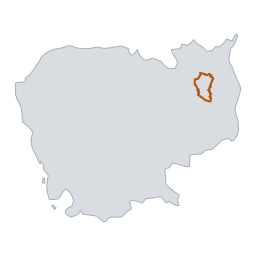 location of Koun Mom, Rôtânôkiri, Cambodia
{"feature_id": "14789045B34257820589195", "entity_name": "Koun Mom", "entity_type": "district", "adm_level": 2, "iso_a3": "KHM", "parent_name": "Cambodia", "parent_adm1": "Rôtânôkiri", "projection": "albers", "projection_center": [106.798, 13.499], "detail": "medium", "context": "in_parent", "style": "outline", "palette": "amber", "viewbox_px": 256, "rotation_deg": 0, "n_neighbors": 0, "source": "geoboundaries", "source_scale": "gbopen_adm2", "svg_char_len": 4193}
<svg xmlns="http://www.w3.org/2000/svg" viewBox="0 0 256 256"><path d="M236.8,34.1L237.5,36.6L235.7,41.1L233.8,45.3L230.3,48.9L230.1,51.6L228.9,59.5L229.4,62.0L230.2,64.2L231.4,65.4L234.5,73.1L237.3,80.2L240.1,86.0L240.6,89.7L238.1,99.0L235.1,107.6L235.4,111.8L236.7,116.1L238.1,121.8L238.6,129.0L237.9,133.8L236.6,136.7L234.0,139.8L231.7,141.3L229.0,138.8L226.8,138.6L224.0,139.4L221.7,140.6L217.0,145.0L211.9,149.4L204.8,150.5L202.0,153.7L199.0,154.1L193.4,154.3L189.7,155.0L189.9,156.6L189.6,164.2L189.7,166.0L189.1,166.5L186.5,166.7L182.2,165.5L176.4,163.6L172.2,163.3L170.1,166.6L168.8,167.9L167.2,168.1L165.5,168.7L165.0,170.2L164.8,172.0L165.6,175.2L165.9,180.2L165.7,183.6L167.2,185.8L176.1,193.1L178.8,194.9L179.1,196.0L177.5,200.0L178.9,205.5L176.1,205.4L171.4,203.0L169.2,201.5L166.4,202.7L165.5,202.5L163.7,199.7L161.3,196.9L158.8,196.7L153.6,197.8L148.3,198.5L146.2,198.5L145.4,199.0L142.3,203.2L141.0,202.4L135.6,200.8L130.7,200.2L129.7,201.3L130.3,204.6L131.3,208.0L130.7,209.4L128.0,211.1L124.4,214.2L122.2,216.6L120.6,217.2L115.2,217.1L109.8,217.3L107.6,219.6L105.6,221.4L103.8,221.9L96.8,216.1L82.8,214.0L81.3,211.4L79.9,210.9L78.6,214.2L70.9,217.2L67.7,215.3L65.3,212.9L65.7,210.1L68.0,207.9L71.8,206.3L73.7,200.6L70.8,193.1L68.3,191.0L65.6,189.2L62.8,191.9L60.3,196.6L57.8,199.0L54.3,199.5L49.2,199.2L47.3,192.1L46.7,186.1L47.5,179.3L48.3,175.2L43.5,169.5L43.3,164.2L40.9,161.4L40.2,162.8L40.3,164.3L39.6,163.2L32.1,147.4L30.9,140.1L32.3,134.5L33.1,132.7L30.9,129.7L27.8,126.3L22.4,121.8L22.1,114.8L21.0,106.6L19.4,103.8L16.9,98.8L15.6,94.6L15.4,83.5L16.1,82.6L20.0,82.4L25.1,81.7L25.9,79.9L25.0,78.4L28.3,76.0L33.0,70.6L36.7,64.9L39.3,61.4L40.9,57.8L46.2,52.8L53.4,49.4L58.2,48.6L63.3,47.5L68.1,45.9L70.4,45.7L76.4,47.9L79.7,48.4L83.1,48.5L86.6,48.7L89.7,48.5L97.1,47.2L104.9,48.4L111.8,47.6L120.5,46.0L124.7,47.1L128.6,48.8L129.1,52.1L130.0,53.7L131.2,54.9L133.0,54.9L135.2,52.5L137.0,50.1L137.6,49.7L137.7,50.9L138.6,53.5L140.2,56.1L141.9,57.8L144.7,60.1L146.5,60.2L152.4,58.1L161.2,61.3L162.2,62.8L165.1,66.0L168.2,68.3L175.1,68.5L177.6,62.9L176.4,59.5L172.5,53.5L171.4,50.0L172.7,49.4L179.3,48.7L180.4,48.0L181.9,44.2L183.7,44.6L187.4,45.1L191.3,42.5L193.6,39.7L194.9,41.0L196.3,42.9L197.8,44.1L200.6,45.7L203.7,48.1L205.6,50.4L207.1,51.3L211.1,50.7L212.2,50.7L214.5,47.9L216.1,46.4L217.4,46.9L219.4,46.8L223.6,43.3L225.9,40.0L227.2,39.1L230.9,40.7L232.4,40.4L234.5,35.9L236.8,34.1ZM44.8,182.9L44.0,183.3L43.3,183.2L42.5,182.6L42.6,180.1L43.2,178.5L44.5,178.3L44.8,182.9ZM56.1,207.8L54.5,209.5L52.1,206.0L52.1,205.0L56.1,207.8Z" fill="#d9dde1" stroke="#a8b0b8" stroke-width="1"/><path d="M210.6,101.2L210.5,100.5L211.0,98.9L210.5,98.3L210.4,98.0L210.5,97.6L210.4,97.5L210.5,97.4L210.4,97.3L210.5,97.3L210.5,97.1L210.3,97.1L210.0,96.9L209.9,97.0L209.8,96.7L210.0,96.1L210.3,95.9L210.2,95.6L210.5,95.3L210.6,95.0L210.8,94.6L210.7,94.3L210.8,94.1L210.6,94.1L210.7,93.8L210.3,93.7L210.2,93.5L210.0,93.3L210.1,93.1L209.7,92.6L210.0,92.4L209.8,92.1L209.9,91.7L209.1,90.9L208.7,90.9L208.6,90.6L208.2,90.0L208.5,89.7L209.3,89.7L209.6,89.3L209.6,89.0L209.4,88.5L209.5,87.5L209.9,87.3L210.1,87.1L210.5,86.9L210.4,86.8L210.6,86.7L210.4,86.4L210.7,86.2L210.8,85.9L210.7,85.5L210.3,85.2L210.5,84.6L210.5,84.3L211.3,83.0L211.3,82.4L211.9,81.5L212.1,80.1L212.4,80.0L212.3,79.7L212.5,79.5L212.8,79.0L213.0,78.9L213.1,78.5L213.2,78.4L213.0,77.9L211.9,77.1L211.2,77.1L210.9,76.9L210.9,76.7L210.6,76.7L210.4,76.4L211.1,75.3L210.6,75.2L209.6,74.7L209.1,74.6L209.7,74.2L209.4,73.9L208.5,74.2L208.0,74.7L207.3,75.0L206.8,75.1L206.1,74.9L205.3,74.3L204.9,74.4L204.6,74.2L204.0,74.2L203.5,73.7L203.2,73.6L202.5,73.6L200.2,72.9L200.1,73.6L200.4,74.4L200.4,74.9L199.7,76.2L199.3,76.4L199.1,77.3L198.5,78.1L197.9,78.6L197.3,78.8L197.2,79.0L196.6,79.0L195.8,79.4L194.8,79.5L194.8,84.7L195.3,84.7L195.7,85.0L196.1,85.7L196.5,86.2L196.7,87.3L197.7,89.2L197.7,89.6L197.8,89.6L197.7,89.7L198.0,89.8L198.3,90.2L198.2,90.3L198.4,90.6L198.2,90.7L198.1,91.1L197.9,91.1L198.0,91.5L198.4,91.9L198.7,91.9L198.6,92.4L199.0,92.7L198.8,93.0L199.0,93.3L198.8,93.8L198.1,94.0L198.2,94.6L198.1,94.8L204.0,99.0L205.3,100.2L207.6,100.8L209.0,101.3L210.6,101.2Z" fill="none" stroke="#b45309" stroke-width="2"/></svg>